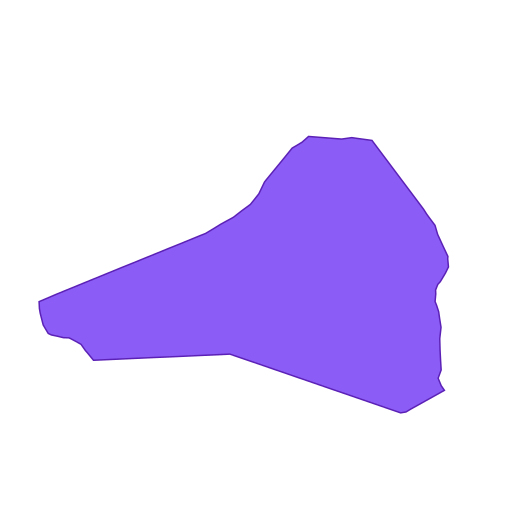 Damanhur, Al Buhayrah, Egypt (orthographic projection), rotated 279°
{"feature_id": "37247803B7643312094608", "entity_name": "Damanhur", "entity_type": "district", "adm_level": 2, "iso_a3": "EGY", "parent_name": "Egypt", "parent_adm1": "Al Buhayrah", "projection": "orthographic", "projection_center": [30.461, 31.05], "detail": "fine", "context": "isolated", "style": "filled", "palette": "violet", "viewbox_px": 512, "rotation_deg": 279, "n_neighbors": 0, "source": "geoboundaries", "source_scale": "gbopen_adm2", "svg_char_len": 1154}
<svg xmlns="http://www.w3.org/2000/svg" viewBox="0 0 512 512"><g transform="rotate(279 256 256)"><path d="M305.8,432.0L314.3,428.0L320.7,421.4L324.2,417.9L328.4,414.2L386.5,354.3L388.3,352.5L388.2,347.4L388.0,338.5L387.9,332.1L384.9,322.3L382.3,289.2L375.6,283.7L368.2,274.8L357.1,268.4L332.7,254.1L330.3,252.8L317.9,249.1L309.9,244.6L306.1,242.4L298.2,234.6L290.8,227.7L288.9,225.3L286.0,221.5L281.8,216.1L279.2,213.1L270.4,202.7L267.5,197.8L252.1,172.4L250.7,170.0L235.8,145.4L229.2,134.5L223.7,125.3L187.3,65.3L177.0,48.9L170.2,50.3L165.5,51.9L154.6,56.6L147.0,62.9L146.0,66.3L145.7,72.5L145.2,78.5L145.9,84.1L145.2,86.4L143.5,91.3L141.4,97.0L135.9,102.3L134.2,104.4L127.6,111.8L139.5,169.7L143.3,188.6L155.0,245.5L150.8,269.6L123.7,423.4L125.4,428.5L127.3,430.8L129.0,432.8L152.8,463.1L154.7,461.3L156.9,459.2L163.8,455.0L172.4,456.7L181.5,454.7L191.9,452.5L203.2,450.4L210.4,450.1L214.5,449.9L222.2,447.4L227.0,445.9L229.4,445.2L235.7,442.0L239.0,440.0L246.6,439.5L250.5,438.7L256.4,440.0L259.4,442.0L262.3,443.2L268.8,445.8L275.3,447.8L283.2,445.8L285.6,445.6L295.3,439.0L305.8,432.0Z" fill="#8b5cf6" stroke="#5b21b6" stroke-width="1.5"/></g></svg>